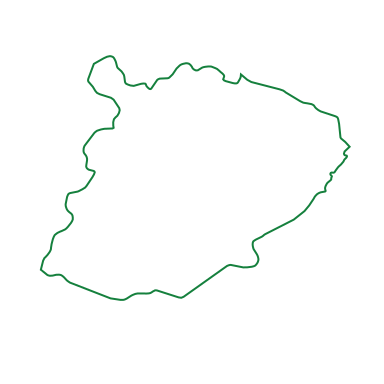 the border of Eastern, rotated 199°
{"feature_id": "GHA-2161", "entity_name": "Eastern", "entity_type": "Region", "adm_level": 1, "iso_a3": "GHA", "parent_name": "Ghana", "parent_adm1": "", "projection": "orthographic", "projection_center": [-0.365, 6.459], "detail": "fine", "context": "isolated", "style": "outline", "palette": "green", "viewbox_px": 384, "rotation_deg": 199, "n_neighbors": 0, "source": "natural_earth", "source_scale": "10m", "svg_char_len": 4054}
<svg xmlns="http://www.w3.org/2000/svg" viewBox="0 0 384 384"><g transform="rotate(199 192 192)"><path d="M58.1,276.7L57.5,276.7L57.1,276.2L57.1,275.4L57.3,274.6L58.4,272.4L58.6,271.4L58.7,270.1L60.1,266.5L61.5,264.0L62.0,262.9L63.2,259.1L63.4,258.1L63.7,257.1L64.3,256.4L66.4,255.8L67.0,255.2L67.1,254.2L66.7,253.5L65.9,253.0L65.2,252.7L64.8,252.2L64.9,250.5L64.6,249.8L64.5,249.0L64.9,248.1L66.9,244.8L67.3,243.4L67.6,241.3L67.6,240.2L67.5,239.2L67.2,238.4L66.8,237.7L66.3,237.0L66.0,236.5L66.3,235.8L70.2,233.6L71.5,232.5L72.2,231.7L73.0,230.7L73.9,228.8L74.4,227.4L74.8,225.1L76.8,217.5L79.4,210.6L86.8,199.0L109.2,175.8L110.0,174.7L110.4,173.9L111.4,172.5L116.2,167.7L117.3,166.3L118.0,165.2L118.0,164.6L118.0,163.7L117.5,161.9L116.7,160.3L115.8,158.9L115.3,158.2L114.7,157.7L110.7,154.5L109.4,153.3L108.4,152.0L107.5,150.5L107.2,149.7L107.0,148.7L107.0,147.7L107.0,146.7L107.5,144.8L108.2,143.1L109.3,142.0L111.1,140.8L115.2,138.8L119.0,137.4L131.4,135.7L132.3,135.4L133.4,134.7L134.8,133.5L165.8,90.2L167.7,88.5L170.3,88.0L193.3,87.5L194.9,87.0L196.8,85.0L197.4,84.1L198.5,82.9L199.8,82.1L201.7,81.3L210.3,78.4L212.4,77.2L214.5,75.4L215.6,74.3L219.0,70.0L220.2,68.8L221.5,67.8L224.6,66.7L234.4,64.9L277.9,66.6L279.8,67.1L281.6,67.7L285.3,69.7L287.3,70.5L288.8,70.8L290.0,70.7L290.9,70.5L293.5,69.5L296.5,67.6L299.2,66.5L300.4,66.4L301.6,66.4L309.6,69.3L310.4,78.6L310.0,81.6L309.5,82.4L308.2,85.3L307.1,88.8L306.8,90.7L306.8,92.2L307.1,93.1L307.8,97.1L308.2,102.0L308.1,104.7L307.8,106.5L307.3,107.4L305.9,109.5L303.5,111.9L302.8,112.4L299.8,115.3L298.9,116.7L298.0,118.7L296.4,123.2L295.9,125.4L295.8,127.2L296.4,129.0L297.2,130.6L297.7,131.2L298.4,131.8L299.1,132.2L301.7,133.1L303.4,133.9L304.7,134.9L305.8,136.2L306.8,137.6L307.5,139.3L308.5,146.7L308.4,148.7L308.1,150.1L307.5,150.7L306.9,151.3L300.2,155.2L299.5,155.8L297.2,158.2L296.6,158.8L296.1,159.4L295.6,160.1L295.0,160.7L294.5,161.4L293.7,163.4L291.0,173.6L290.4,176.8L290.4,179.0L290.9,179.6L291.7,179.9L296.8,179.5L297.7,179.7L298.6,180.0L299.3,180.4L299.9,181.0L300.4,181.8L300.8,183.6L301.5,187.6L301.8,188.6L302.1,189.4L303.0,190.8L304.2,192.0L306.4,193.4L307.2,194.2L307.9,195.4L308.6,197.8L308.7,199.4L308.6,200.8L303.6,216.0L303.2,216.8L302.3,218.2L301.8,218.9L301.2,219.4L298.4,221.5L295.5,223.2L287.8,226.2L287.0,227.2L288.0,229.0L289.2,232.3L289.5,235.4L288.7,237.5L287.4,239.8L286.8,242.9L287.0,245.8L288.1,247.6L296.2,253.8L299.3,254.7L311.1,254.4L314.1,254.8L316.3,256.1L320.0,259.2L326.0,262.7L326.7,263.9L326.9,265.3L326.5,281.2L319.0,289.7L316.4,292.2L314.1,293.6L313.2,293.9L311.8,294.0L310.7,293.9L309.8,293.5L309.1,293.0L307.3,291.3L306.2,290.0L303.9,286.5L303.4,285.8L302.6,285.1L297.9,283.1L297.2,282.6L295.8,281.6L294.5,280.5L293.6,279.1L291.2,274.3L290.6,273.6L289.5,272.9L287.3,272.7L284.9,272.7L282.9,273.1L281.6,273.4L275.4,277.7L273.4,278.7L272.0,279.1L271.4,279.2L270.8,278.9L269.7,277.5L268.8,276.9L267.7,276.3L265.8,275.6L264.8,275.8L264.2,276.4L261.4,286.6L260.7,287.6L259.4,288.7L252.1,291.6L251.2,292.2L250.6,293.0L248.6,297.0L246.8,303.7L245.1,307.1L244.7,307.8L244.2,308.5L243.3,309.4L242.1,310.3L239.6,311.8L238.1,312.2L236.7,312.3L234.9,311.7L233.5,310.8L232.8,310.3L232.2,309.6L231.3,309.0L230.2,308.5L228.2,308.2L227.1,308.5L226.1,309.0L222.9,312.9L221.9,313.7L220.4,314.6L217.5,316.0L215.8,316.6L214.4,316.9L210.1,316.7L208.3,316.5L205.2,315.3L204.4,314.9L201.7,313.9L200.1,313.0L199.5,312.4L199.2,311.6L199.2,308.7L198.1,308.0L196.2,307.8L188.8,308.3L187.0,308.6L185.5,309.1L185.1,309.4L184.7,309.7L184.4,310.2L184.2,310.8L183.5,314.6L183.4,316.1L183.5,317.0L183.7,317.8L184.0,319.1L176.3,316.1L171.7,315.3L142.6,317.6L138.9,317.6L136.9,317.1L136.0,316.7L119.3,313.1L115.9,312.7L113.9,313.0L111.8,313.4L107.6,314.0L106.0,313.8L104.9,313.5L103.2,312.2L101.9,311.5L99.3,310.6L97.7,310.3L96.5,310.1L81.6,310.3L80.0,310.2L78.9,309.9L78.5,309.6L77.6,308.6L75.1,304.3L69.7,292.6L69.3,291.8L68.4,291.1L63.4,289.2L57.7,286.1L60.9,280.0L60.8,277.7L60.3,277.0L59.7,276.6L58.8,276.6L58.1,276.7Z" fill="none" stroke="#15803d" stroke-width="2"/></g></svg>